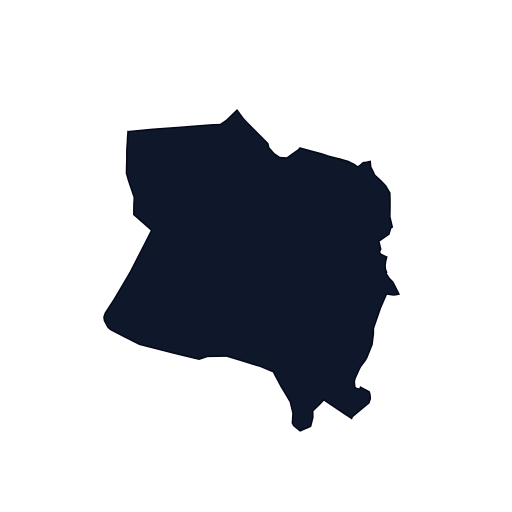 Al Hada, Dhamar, Yemen, rotated 214°
{"feature_id": "15242507B58187831730199", "entity_name": "Al Hada", "entity_type": "district", "adm_level": 2, "iso_a3": "YEM", "parent_name": "Yemen", "parent_adm1": "Dhamar", "projection": "albers", "projection_center": [44.487, 14.807], "detail": "fine", "context": "isolated", "style": "filled", "palette": "ink", "viewbox_px": 512, "rotation_deg": 214, "n_neighbors": 0, "source": "geoboundaries", "source_scale": "gbopen_adm2", "svg_char_len": 3011}
<svg xmlns="http://www.w3.org/2000/svg" viewBox="0 0 512 512"><g transform="rotate(214 256 256)"><path d="M431.7,287.6L428.4,281.8L427.1,279.8L422.7,272.2L419.7,267.6L417.6,264.5L415.8,261.7L409.7,252.2L404.5,247.8L389.7,236.5L387.2,232.4L387.1,232.1L380.5,222.0L356.9,219.0L355.0,203.7L351.3,173.1L350.9,167.4L349.3,140.9L349.2,135.6L349.2,134.1L349.0,124.4L347.9,120.3L345.5,117.7L340.7,115.1L338.6,114.1L335.0,113.7L325.2,114.9L320.7,115.4L313.8,116.3L310.3,116.7L305.8,117.3L303.3,117.6L296.8,119.9L269.6,129.6L269.2,129.8L265.8,131.0L245.5,138.6L243.3,141.4L241.2,144.2L240.1,145.6L224.4,156.6L223.1,157.0L205.6,162.4L200.1,164.0L193.0,166.2L191.0,166.9L185.5,168.0L185.4,168.0L184.1,168.3L179.8,169.1L177.1,169.7L176.8,170.0L176.4,169.7L175.3,168.8L175.0,168.7L171.0,166.5L170.9,166.5L162.5,162.0L153.0,157.6L147.4,154.9L146.1,154.4L143.6,152.0L141.8,150.4L137.4,146.3L133.7,140.0L133.3,139.2L132.5,137.9L130.0,136.5L121.6,135.7L118.0,141.4L117.6,141.9L115.5,145.3L115.7,145.9L116.6,148.5L118.6,154.0L121.1,157.6L122.3,159.3L121.6,162.8L121.1,165.2L120.2,169.4L119.4,174.7L118.0,174.7L114.2,174.7L110.3,174.7L104.7,174.7L97.6,174.7L96.4,174.7L93.0,174.7L90.4,174.8L85.9,174.8L86.3,176.7L80.3,197.3L81.4,201.6L83.8,204.6L86.2,206.7L88.2,206.5L94.0,205.9L94.8,205.8L96.0,205.7L95.5,203.6L98.4,202.4L100.6,202.4L104.1,206.6L105.0,208.6L105.4,209.7L107.1,219.5L107.5,222.8L107.4,224.4L107.1,230.2L107.1,230.6L107.4,233.9L107.4,234.2L108.3,238.1L108.8,240.7L108.9,241.0L109.4,243.3L109.7,244.6L110.3,247.5L115.2,257.2L115.5,257.7L115.6,257.8L118.0,261.4L118.2,261.6L118.3,262.1L118.4,262.6L118.8,263.8L119.6,266.9L120.0,268.5L120.4,269.8L121.3,273.3L123.8,282.6L124.8,288.1L125.0,288.9L126.2,295.6L126.6,297.5L126.2,297.7L120.7,300.3L119.0,301.5L116.2,304.3L118.8,305.8L128.0,310.9L132.9,311.9L138.7,314.3L138.5,315.5L141.3,317.4L143.5,320.0L144.2,321.4L145.7,324.4L147.0,328.1L147.1,328.3L147.6,328.1L152.6,327.4L153.5,327.3L154.7,327.7L155.9,328.1L156.5,331.5L157.8,332.7L162.5,337.0L161.4,339.6L161.1,340.5L158.0,348.5L159.9,354.3L159.2,356.2L166.9,363.3L171.9,371.0L173.2,372.9L173.8,373.8L177.2,378.8L180.3,383.1L185.1,385.4L187.5,386.6L187.9,386.7L188.0,386.7L193.4,387.9L193.8,388.0L194.2,388.1L202.8,389.4L207.6,392.3L208.6,392.8L210.7,394.0L214.2,398.3L217.1,395.2L217.3,395.0L219.1,393.6L219.7,392.3L219.9,390.9L220.4,389.3L220.6,388.5L221.1,387.7L221.5,387.0L221.7,386.9L222.0,386.7L222.7,386.7L224.3,386.8L226.3,386.8L228.1,386.5L230.1,386.2L232.8,385.9L233.0,385.8L235.6,384.9L241.5,383.1L243.0,382.4L249.2,380.2L251.4,379.4L257.2,377.8L258.4,377.5L268.2,374.1L280.0,370.1L280.2,367.8L283.3,359.7L284.6,356.1L285.2,354.5L287.5,353.2L290.0,351.7L291.3,350.9L291.5,350.9L298.4,350.9L299.5,351.2L304.3,352.5L306.0,352.9L306.7,353.6L309.0,355.7L309.2,355.8L316.0,357.2L322.2,358.4L328.2,359.6L330.3,360.0L338.9,361.7L343.5,362.8L353.3,366.3L356.3,352.0L359.1,345.0L366.1,339.9L367.9,338.5L397.3,315.2L413.0,302.9L431.4,287.7L431.7,287.6Z" fill="#0f172a" stroke="#020617" stroke-width="1.5"/></g></svg>